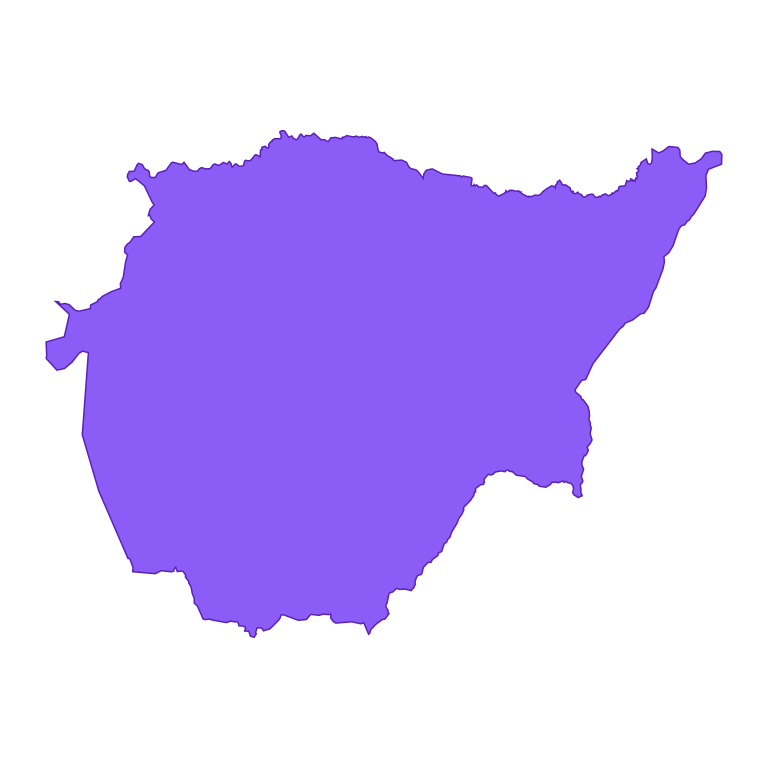 Nkoranza South, Brong Ahafo, Ghana
{"feature_id": "2480657B38880944597072", "entity_name": "Nkoranza South", "entity_type": "district", "adm_level": 2, "iso_a3": "GHA", "parent_name": "Ghana", "parent_adm1": "Brong Ahafo", "projection": "natural_earth1", "projection_center": [-1.641, 7.453], "detail": "fine", "context": "isolated", "style": "filled", "palette": "violet", "viewbox_px": 768, "rotation_deg": 0, "n_neighbors": 0, "source": "geoboundaries", "source_scale": "gbopen_adm2", "svg_char_len": 6107}
<svg xmlns="http://www.w3.org/2000/svg" viewBox="0 0 768 768"><path d="M184.0,162.3L181.7,164.5L172.7,162.2L171.2,163.0L166.0,170.3L158.1,172.8L155.2,177.5L150.9,177.4L149.8,176.3L149.2,171.8L148.2,170.5L144.6,168.8L142.3,164.7L138.7,163.3L137.1,164.7L134.2,171.2L129.1,171.5L128.9,173.4L127.7,173.9L127.3,177.0L129.5,181.5L131.5,181.1L135.5,178.6L144.4,185.8L152.3,202.4L154.2,204.9L150.1,209.3L148.3,215.6L149.7,215.2L151.2,219.0L154.4,222.0L140.6,236.5L133.7,236.8L130.2,242.1L126.9,244.5L124.9,247.5L124.6,252.1L127.6,255.1L125.6,261.6L123.3,277.1L120.3,283.8L120.7,288.2L111.2,291.7L102.3,296.4L99.7,299.2L98.7,299.2L96.9,301.9L90.7,305.0L90.3,308.6L79.1,311.2L75.3,310.4L69.1,304.6L64.9,303.5L60.3,304.3L58.7,301.8L55.6,301.5L69.4,314.3L64.3,336.7L46.1,342.0L46.7,355.2L46.2,358.5L56.9,370.1L64.5,368.5L72.2,362.0L78.9,353.4L82.5,351.1L88.4,352.6L82.3,434.8L98.8,491.0L128.0,558.5L129.6,558.6L130.0,559.4L133.1,567.6L132.7,571.7L155.3,573.7L161.1,570.7L171.4,571.8L173.7,571.2L174.2,568.9L175.7,567.3L177.3,571.6L181.9,571.0L183.4,571.8L185.7,575.3L185.4,577.1L188.6,581.2L188.8,583.2L191.0,586.7L192.3,593.6L194.2,598.3L194.3,603.2L197.3,605.9L203.2,619.1L205.7,619.6L210.4,619.0L211.2,619.8L226.4,622.6L230.6,621.1L235.2,622.0L236.7,621.5L237.9,622.3L239.0,625.9L242.4,625.9L245.6,627.3L244.7,631.1L248.8,631.2L250.4,636.1L254.1,637.3L256.3,633.9L255.6,632.3L257.1,627.8L261.5,628.0L263.5,630.8L269.9,628.9L278.2,620.7L279.9,618.4L281.1,615.0L283.8,614.9L298.4,620.3L306.4,619.5L310.7,614.4L319.0,615.3L323.5,614.1L328.4,614.6L330.7,614.1L330.9,618.4L333.5,621.8L335.8,623.1L351.6,621.8L361.0,623.8L363.8,622.7L368.6,634.2L369.7,633.3L370.8,629.6L375.5,624.6L382.2,619.6L385.0,619.1L389.0,613.5L388.0,612.7L388.1,610.6L385.9,606.8L385.9,605.5L387.1,602.8L388.9,593.9L389.9,592.8L392.8,591.9L396.8,588.3L399.4,589.4L405.0,589.1L411.4,590.6L412.1,589.1L413.3,588.5L415.4,584.2L414.9,582.0L416.3,577.9L417.5,575.6L421.0,574.5L421.9,573.4L423.4,567.4L428.0,562.5L431.0,562.3L432.4,559.5L437.6,555.8L438.8,552.7L441.6,551.6L444.2,543.8L446.6,542.2L447.8,539.4L450.0,537.0L451.5,532.4L457.2,522.9L458.6,518.8L461.9,514.1L463.7,510.3L463.6,507.4L470.0,500.9L473.7,495.7L474.3,492.4L475.6,491.9L475.5,488.5L480.8,484.6L483.5,484.4L484.3,482.2L484.0,479.4L488.1,474.5L490.7,474.9L493.1,474.3L495.0,472.1L501.3,470.9L504.7,471.7L507.0,470.0L508.0,470.1L509.6,471.4L512.5,471.7L516.3,475.2L525.3,476.5L527.7,479.1L532.9,482.0L533.6,483.5L537.5,484.5L539.6,486.3L545.9,487.2L550.2,484.6L551.9,482.4L556.1,482.1L557.9,482.8L563.1,481.0L564.2,482.4L565.9,481.4L567.7,482.7L570.8,483.4L572.6,485.2L573.6,488.3L572.7,492.5L573.7,494.6L578.1,497.6L582.2,495.8L580.7,492.0L581.1,490.4L580.3,484.6L582.5,482.3L582.8,480.7L581.3,476.6L583.6,469.1L581.9,464.9L581.9,461.7L584.2,455.7L585.6,455.6L587.8,451.8L588.3,450.1L587.0,447.3L590.1,443.7L592.0,440.0L590.2,433.8L591.3,427.5L590.2,425.4L590.4,423.1L588.9,419.4L589.5,415.3L589.1,410.8L587.7,405.9L583.1,399.7L581.9,399.6L580.6,396.2L576.1,392.6L574.9,390.1L581.6,380.4L585.7,379.5L593.0,363.6L619.6,329.0L623.4,326.0L625.2,323.1L632.7,319.9L640.6,313.8L644.3,313.1L648.6,306.9L653.5,291.3L655.9,287.9L663.0,268.8L664.4,261.9L663.9,256.6L668.6,253.0L673.0,245.8L678.5,230.0L680.1,227.2L682.4,225.2L684.7,224.9L686.8,221.7L689.4,219.9L691.3,216.6L693.8,214.1L705.2,195.9L706.5,187.8L705.9,175.7L708.4,169.3L721.5,164.2L721.9,154.4L719.7,151.5L712.6,151.3L705.4,153.1L701.1,159.0L695.1,163.0L688.7,164.2L682.6,159.4L680.2,156.5L679.8,150.0L677.9,147.4L668.9,146.5L663.0,151.0L658.8,152.9L652.0,149.0L652.3,158.1L651.5,163.0L650.0,164.4L647.8,163.5L646.3,158.9L641.1,162.4L640.3,165.1L638.2,166.9L638.5,168.1L637.1,168.7L638.5,169.8L638.5,171.3L636.4,173.1L637.1,174.2L636.6,175.8L637.5,176.3L636.7,178.7L635.7,178.2L634.9,181.3L633.9,180.2L632.3,181.0L632.1,179.4L630.6,178.9L630.7,180.1L628.6,181.6L626.8,180.5L625.1,185.8L619.6,186.4L618.8,187.4L618.1,190.4L617.5,191.0L616.4,190.6L613.1,193.6L612.1,193.0L611.6,194.5L608.3,195.7L605.3,193.8L601.5,195.4L600.9,196.9L599.3,196.2L598.0,197.4L594.7,196.9L593.1,194.4L591.6,194.1L587.2,195.1L585.6,197.0L584.5,197.0L582.7,196.7L581.4,194.5L579.0,193.9L577.7,192.2L575.8,193.7L572.9,193.0L573.4,191.9L572.7,191.1L571.5,191.7L570.6,190.6L570.3,188.0L565.6,184.9L562.7,185.0L559.7,180.2L557.3,181.9L557.2,183.5L555.6,185.0L555.3,187.9L554.4,186.7L551.8,185.7L546.6,188.8L543.0,191.5L540.5,194.4L538.4,195.4L534.9,195.1L530.9,196.9L529.2,196.1L528.5,197.0L523.1,194.4L521.3,193.1L521.0,191.9L520.2,192.4L518.7,190.9L515.9,191.3L511.8,190.1L510.6,190.9L509.6,190.2L507.4,192.1L505.9,190.7L505.7,192.1L504.1,193.4L498.5,196.2L496.3,194.6L495.4,192.9L493.7,193.3L486.4,185.5L484.2,185.5L482.7,187.3L478.8,186.9L476.6,184.9L475.2,185.7L474.2,184.5L473.7,185.9L471.2,185.5L472.0,178.5L470.9,177.5L463.0,176.0L461.8,177.1L460.5,175.9L442.5,174.0L432.2,168.9L426.3,170.2L423.9,173.7L423.2,178.2L417.8,171.3L415.9,169.8L411.0,168.6L408.9,167.0L406.5,162.3L401.8,160.1L394.0,160.6L392.6,158.7L386.8,155.2L384.3,152.4L383.1,152.9L379.5,152.2L378.3,150.9L377.0,144.0L375.4,141.5L371.0,138.0L368.7,137.0L366.4,137.9L366.0,136.6L363.5,137.1L362.5,136.4L358.5,137.4L358.0,136.6L355.7,136.1L355.3,136.7L352.4,136.8L346.8,135.6L343.0,137.9L342.8,137.2L341.3,138.9L335.6,137.4L330.8,137.8L328.6,141.1L327.4,141.4L324.6,139.7L321.0,139.7L313.8,133.2L310.5,135.8L306.0,135.4L304.4,137.0L303.6,137.0L301.3,134.2L300.3,134.3L297.3,139.3L296.4,139.7L293.5,138.5L291.8,135.9L288.6,137.3L285.0,131.5L283.7,130.7L281.7,130.8L280.1,131.4L279.8,132.4L281.1,135.3L281.1,137.9L280.3,138.7L274.6,138.7L272.7,139.8L272.0,140.6L272.4,141.2L270.6,141.9L268.6,144.5L268.9,146.8L268.3,147.8L267.3,147.9L265.1,146.2L261.8,147.3L261.8,149.7L260.5,150.1L260.1,156.8L256.7,154.9L255.1,154.9L250.7,160.3L248.6,160.9L245.7,160.3L244.6,161.0L243.5,165.5L242.6,166.0L239.1,166.3L236.4,164.0L235.1,164.0L232.6,166.9L231.9,166.9L231.1,163.8L229.4,161.5L227.1,163.9L223.2,162.5L219.0,165.5L215.1,164.0L213.2,164.6L210.1,168.7L205.7,168.9L201.6,167.6L199.1,168.9L197.4,171.3L193.8,171.2L189.4,169.6L184.0,162.3Z" fill="#8b5cf6" stroke="#5b21b6" stroke-width="1.5"/></svg>